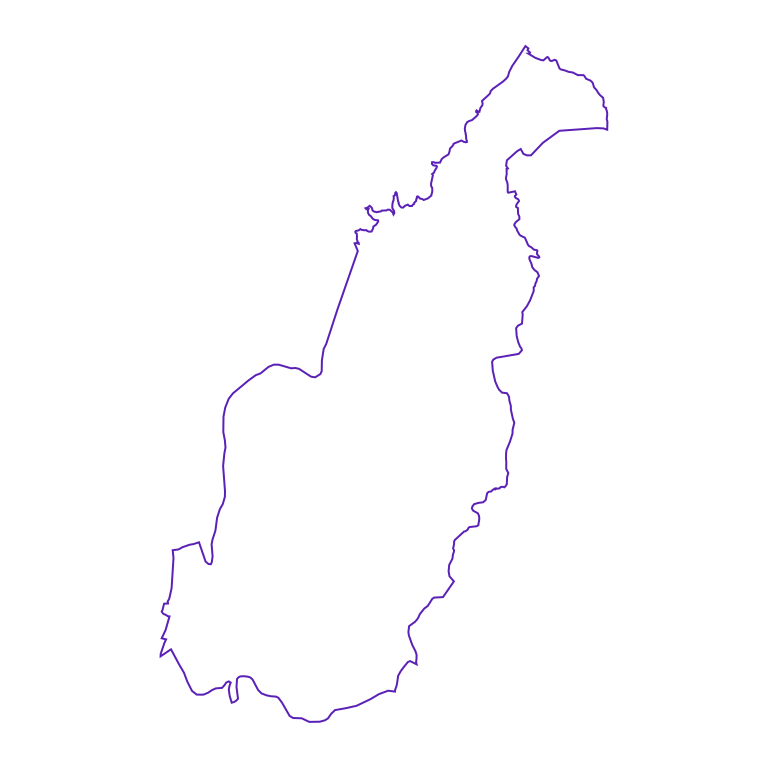 Baile Herculane, Caras-Severin, Romania (Albers equal-area conic projection)
{"feature_id": "2599482B76774341373778", "entity_name": "Baile Herculane", "entity_type": "district", "adm_level": 2, "iso_a3": "ROU", "parent_name": "Romania", "parent_adm1": "Caras-Severin", "projection": "albers", "projection_center": [22.46, 44.902], "detail": "fine", "context": "isolated", "style": "outline", "palette": "violet", "viewbox_px": 768, "rotation_deg": 0, "n_neighbors": 0, "source": "geoboundaries", "source_scale": "gbopen_adm2", "svg_char_len": 6083}
<svg xmlns="http://www.w3.org/2000/svg" viewBox="0 0 768 768"><path d="M395.0,691.6L395.2,689.5L396.4,686.4L397.1,683.2L398.1,675.9L400.7,671.2L403.6,667.3L407.9,662.0L410.1,661.1L416.6,664.3L416.1,662.2L416.5,658.9L416.6,654.9L415.5,651.3L412.2,644.8L408.9,635.5L408.4,632.1L409.1,626.1L414.9,621.9L416.9,619.7L418.3,617.6L419.9,614.0L424.3,608.5L427.8,605.9L432.3,598.8L434.1,597.6L443.0,597.1L453.9,581.4L449.5,576.3L448.6,571.4L449.2,565.0L452.5,558.5L452.9,554.8L453.9,551.7L454.1,550.4L453.1,548.4L454.0,544.5L454.2,541.3L454.8,540.0L464.1,531.5L465.6,531.2L467.7,529.6L468.2,528.3L469.3,527.1L476.9,526.2L478.5,524.9L478.4,524.1L479.0,521.3L479.3,518.5L479.0,515.8L477.9,513.3L473.2,510.7L471.9,508.5L472.4,506.4L474.2,504.1L478.9,502.8L483.1,502.3L485.7,500.0L487.2,493.1L488.6,491.9L491.3,491.4L492.4,490.1L494.6,488.7L494.7,489.3L495.4,489.4L496.3,488.4L496.9,488.7L499.5,488.4L500.7,487.0L503.0,486.8L504.4,487.3L505.7,486.0L506.8,484.2L507.1,477.3L508.3,473.0L506.2,468.9L506.3,461.9L506.0,459.0L506.1,452.9L506.5,450.0L509.9,441.8L512.5,433.7L512.6,429.8L514.3,422.8L512.9,418.8L510.9,409.7L510.8,405.7L509.3,400.3L509.1,397.1L508.2,395.2L506.9,393.2L502.0,392.6L499.1,389.7L497.5,386.9L495.2,381.4L492.8,370.8L492.1,361.8L493.3,359.6L496.5,357.7L518.7,353.9L521.9,350.3L521.5,348.5L520.1,346.7L518.3,342.4L516.7,336.1L516.1,328.2L517.9,325.7L522.0,323.6L522.7,314.5L522.3,312.1L526.9,306.2L530.1,300.3L533.7,291.1L533.7,287.3L535.0,285.9L535.5,283.2L536.5,281.5L537.1,278.6L539.0,276.1L537.5,272.3L534.5,270.0L532.3,267.3L531.5,263.9L529.5,259.4L529.3,257.7L529.6,256.6L530.2,256.2L531.7,256.1L538.1,257.9L539.3,257.4L539.1,256.6L537.1,254.2L536.9,253.2L537.4,250.7L536.6,250.1L533.8,249.6L531.4,247.3L528.9,246.0L528.0,244.8L524.9,237.7L520.5,235.6L519.4,234.5L517.2,230.6L516.5,228.3L515.5,227.4L514.3,225.2L514.3,224.4L515.9,222.0L519.4,219.2L519.3,216.5L518.1,213.8L517.9,208.0L516.1,206.9L516.1,205.9L516.6,204.3L519.0,201.1L518.7,200.0L518.0,199.1L515.9,198.1L514.8,196.7L515.0,195.9L516.3,194.6L515.0,191.3L508.3,192.7L507.7,191.9L507.7,185.3L507.3,182.4L506.3,180.1L505.9,178.2L506.7,174.1L506.6,168.9L507.9,168.5L506.1,165.7L506.9,160.3L517.0,151.3L520.7,149.0L523.4,153.9L527.1,155.4L531.0,155.3L542.9,142.8L559.3,130.8L596.7,128.1L603.6,128.4L607.2,129.7L607.4,121.6L606.7,119.0L607.2,115.3L607.2,113.1L606.7,110.5L606.2,109.5L606.1,107.9L604.6,107.3L603.3,105.8L603.8,102.1L603.1,97.8L600.2,95.3L598.5,93.3L596.5,90.0L594.0,87.3L592.9,83.3L592.2,82.2L590.5,80.6L586.2,78.8L584.1,75.6L583.4,75.1L577.8,75.1L572.8,72.5L568.4,71.8L565.1,70.5L560.5,69.3L559.4,68.2L556.3,60.5L554.5,59.8L552.2,60.9L551.0,61.0L549.9,60.4L548.6,58.0L547.6,57.0L546.7,57.4L543.5,60.3L541.3,60.1L535.4,57.9L528.3,53.6L529.5,53.5L530.1,52.6L527.5,50.2L528.4,48.4L525.4,46.1L518.6,56.7L512.3,65.8L509.2,71.9L507.9,76.5L506.4,78.4L503.2,81.4L492.9,88.8L490.7,91.0L490.1,93.2L489.1,94.5L482.0,100.9L482.6,103.5L482.4,105.1L480.4,108.0L479.4,111.8L478.1,111.5L476.6,110.4L476.1,111.1L476.2,112.0L477.8,113.1L477.9,114.5L476.2,116.5L472.0,120.1L469.2,121.0L467.2,122.1L465.5,124.9L464.8,128.5L465.2,131.7L465.8,133.7L465.6,134.3L466.0,135.4L466.2,139.0L466.9,140.9L466.9,142.0L465.8,142.3L463.7,141.8L461.5,140.5L454.3,143.4L453.4,144.1L453.3,144.9L452.1,146.5L450.0,148.5L449.5,151.5L448.5,154.4L443.7,157.3L441.7,159.1L440.0,162.6L435.1,162.8L433.9,162.2L432.1,162.2L431.9,163.8L433.2,165.3L436.5,165.8L436.9,166.5L436.5,167.9L434.7,170.7L434.0,172.6L432.1,174.0L432.9,175.2L431.1,183.3L431.1,186.0L432.2,187.9L432.3,190.8L432.0,193.0L431.4,194.4L431.4,195.5L427.9,198.4L423.7,200.0L422.4,199.1L419.9,198.5L418.3,196.6L417.5,196.4L416.9,196.7L416.8,198.6L416.3,199.0L416.1,201.0L414.3,202.6L414.2,203.9L412.9,204.6L412.0,206.0L409.4,206.0L407.8,204.6L404.8,205.9L403.3,207.5L401.4,207.5L399.8,206.0L398.6,203.6L398.7,202.5L398.1,201.3L396.7,193.1L395.9,192.2L395.3,192.9L394.9,195.3L393.6,196.1L393.8,197.3L393.6,199.8L393.4,200.8L393.0,201.3L392.4,204.4L392.3,207.5L392.5,208.5L394.1,211.0L394.2,212.2L394.3,213.2L393.5,214.5L392.7,212.4L389.9,209.8L387.9,209.6L386.5,210.4L381.7,210.6L381.1,211.3L376.5,212.2L373.7,211.4L372.4,210.2L372.2,208.8L371.7,207.6L369.7,205.8L367.4,207.7L365.7,208.2L366.2,208.6L366.3,209.2L368.5,209.0L367.9,210.5L367.9,211.6L368.1,213.0L369.1,214.9L370.9,216.2L372.8,218.8L374.9,220.0L378.0,220.3L378.2,221.6L376.0,224.8L373.4,226.5L373.1,228.4L371.6,231.5L369.2,231.7L367.2,231.0L366.4,230.1L364.6,230.3L361.5,229.8L360.4,229.1L358.6,230.4L355.8,231.0L355.3,231.8L355.6,232.8L356.7,233.5L357.0,236.1L356.8,239.0L357.6,241.8L358.7,242.9L358.8,243.8L356.4,243.0L354.6,243.3L357.8,251.0L337.4,309.6L326.2,344.0L323.7,348.9L321.9,360.3L321.7,371.2L320.3,374.1L315.2,377.3L311.1,376.7L299.0,368.8L295.4,368.0L291.1,368.3L278.8,364.7L273.7,364.7L268.5,366.9L260.5,373.4L255.7,375.2L248.3,380.6L232.9,393.4L228.7,398.8L225.2,407.7L223.5,416.6L223.3,432.1L224.9,440.5L225.5,447.6L224.4,453.2L223.1,466.0L225.0,491.2L224.9,496.7L222.8,504.1L219.9,509.1L217.1,517.7L215.4,530.7L212.5,539.6L211.6,544.3L212.6,556.3L211.8,562.1L210.9,564.2L208.5,564.0L205.6,561.6L199.0,542.3L193.4,544.1L189.7,544.7L182.5,547.2L178.6,549.4L172.7,550.2L173.5,558.1L171.6,588.2L169.5,597.6L169.1,599.0L167.7,601.4L168.0,603.5L164.1,603.7L162.5,610.0L161.7,611.6L163.0,613.5L164.0,614.2L165.7,614.8L167.8,616.2L169.5,616.4L165.6,630.0L161.7,638.3L166.1,639.4L164.6,642.4L160.7,653.8L160.6,656.3L171.0,649.3L179.2,664.6L184.0,672.8L187.3,681.6L192.0,690.9L196.7,694.6L203.3,694.7L208.2,692.7L211.8,690.2L215.7,688.4L222.0,687.9L224.4,685.3L226.3,682.5L228.8,681.4L230.7,682.6L229.4,686.1L228.8,689.7L229.7,695.9L231.7,702.7L234.1,702.0L236.3,700.6L238.0,698.7L236.5,687.1L237.0,679.4L237.2,678.8L238.6,677.2L240.5,676.4L244.2,676.2L247.8,676.7L250.0,677.3L252.5,679.4L258.1,690.0L261.5,693.4L266.7,695.4L271.3,696.3L276.0,696.6L278.4,697.8L282.1,702.8L289.6,715.9L293.1,718.0L301.7,718.3L309.3,721.9L319.9,721.7L324.9,720.3L328.0,718.4L331.1,713.9L335.0,710.1L345.8,708.2L356.5,705.8L370.6,699.1L378.8,694.2L388.2,690.7L395.0,691.6Z" fill="none" stroke="#5b21b6" stroke-width="2"/></svg>